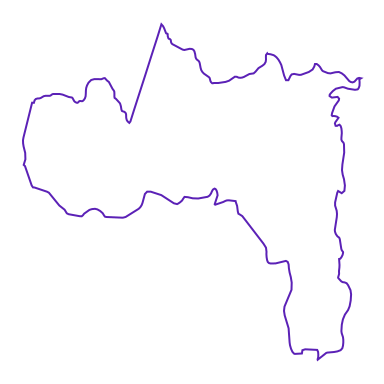 map outline of Tigray (Equal Earth projection)
{"feature_id": "ETH-3110", "entity_name": "Tigray", "entity_type": "Administrative State", "adm_level": 1, "iso_a3": "ETH", "parent_name": "Ethiopia", "parent_adm1": "", "projection": "equal_earth", "projection_center": [38.617, 13.565], "detail": "fine", "context": "isolated", "style": "outline", "palette": "violet", "viewbox_px": 384, "rotation_deg": 0, "n_neighbors": 0, "source": "natural_earth", "source_scale": "10m", "svg_char_len": 4684}
<svg xmlns="http://www.w3.org/2000/svg" viewBox="0 0 384 384"><path d="M23.7,164.9L25.4,159.3L25.2,152.9L23.6,146.5L23.1,143.4L23.0,140.2L23.5,137.4L32.1,102.7L33.9,102.8L34.6,100.3L35.8,99.0L37.4,98.5L39.4,98.4L40.7,98.0L43.7,96.2L45.6,95.8L49.8,95.8L50.6,95.5L52.2,94.3L53.1,94.0L59.6,94.0L62.6,94.6L68.8,97.0L71.9,97.5L72.5,98.0L74.2,101.1L74.9,101.8L75.7,102.3L76.5,102.7L77.5,102.8L78.0,102.5L79.4,101.1L80.2,101.0L81.9,101.2L82.6,101.1L83.8,100.0L84.9,98.4L85.6,96.3L85.8,93.6L85.9,90.6L86.2,88.0L87.0,85.5L88.5,82.7L91.2,80.0L94.4,79.1L101.4,79.2L103.5,78.3L104.8,78.1L107.1,80.6L108.9,82.0L112.5,88.8L113.9,90.7L114.3,91.7L114.4,93.6L114.4,96.5L114.6,97.9L116.0,98.9L119.8,103.1L120.2,103.9L120.9,106.3L121.4,109.5L121.9,110.9L123.2,111.5L124.1,111.7L125.1,112.4L125.8,113.3L126.1,114.5L126.2,117.8L126.7,119.9L127.6,121.4L129.3,122.9L130.4,121.5L133.8,110.7L139.3,93.6L145.3,75.0L151.4,55.8L157.6,36.5L161.4,24.3L163.1,26.2L164.2,28.4L166.0,33.1L166.4,33.5L167.4,33.7L167.7,34.1L167.7,34.6L167.7,36.0L167.8,36.4L168.1,37.3L168.3,38.1L168.7,38.7L169.8,39.0L170.7,39.9L170.9,40.9L171.0,42.0L171.5,43.2L172.3,44.1L182.6,49.6L184.3,50.0L189.7,48.8L191.9,49.0L193.4,49.8L194.4,51.3L194.9,53.2L195.1,53.8L195.6,57.3L196.1,58.6L197.0,59.7L198.1,60.5L199.1,61.5L199.7,63.1L200.6,67.9L201.3,70.2L202.4,72.0L203.9,73.6L209.0,77.2L209.7,78.1L210.4,80.9L210.9,82.0L212.1,83.2L212.9,83.3L213.7,83.0L218.3,83.0L225.6,81.9L229.1,80.7L234.9,76.7L236.8,76.8L238.5,77.6L240.2,77.8L242.0,77.6L243.8,77.0L249.4,74.0L253.6,73.4L255.4,71.8L258.5,68.1L262.4,65.7L264.4,64.1L265.7,61.8L266.0,59.4L265.9,57.1L266.0,55.0L267.2,53.4L267.4,53.8L270.7,54.3L273.4,55.1L274.4,55.6L276.5,57.3L278.4,59.6L280.0,62.3L281.3,65.0L284.1,75.5L286.0,80.2L288.4,80.2L290.5,75.9L291.7,74.4L294.1,73.9L299.2,74.9L301.0,74.8L308.8,72.0L312.6,69.5L314.3,66.5L315.0,64.0L316.7,64.0L318.6,65.4L320.0,67.0L321.9,70.1L322.5,70.8L323.1,71.2L327.9,73.1L330.5,73.4L334.7,72.4L335.9,72.2L338.9,72.0L341.7,73.3L344.4,75.4L349.3,81.1L350.8,82.0L352.6,82.4L354.4,81.7L357.3,78.5L359.1,77.9L361.0,78.3L360.2,78.8L359.3,79.6L359.5,80.7L359.6,82.4L359.5,85.6L359.4,86.1L358.8,87.8L358.1,88.9L357.9,89.2L357.6,89.4L355.0,89.8L347.9,88.7L344.0,87.3L342.5,87.1L335.9,88.7L332.9,91.0L330.3,93.8L329.6,95.0L329.6,96.1L331.9,97.6L337.6,96.9L339.1,98.7L338.8,100.4L334.5,106.4L332.1,113.0L331.7,115.3L332.4,116.1L333.8,116.0L335.4,116.2L337.1,116.7L338.5,117.8L335.3,122.3L334.9,123.4L335.6,125.8L337.0,125.9L338.4,125.1L339.5,124.7L340.7,126.1L341.4,128.4L341.7,131.0L341.8,133.2L341.4,137.9L341.4,139.7L342.0,141.1L343.4,142.6L343.8,143.6L344.0,144.5L344.0,145.2L344.2,152.6L342.4,164.5L342.0,170.1L342.7,174.7L344.0,179.2L344.9,185.5L344.4,190.9L341.7,193.2L338.1,191.0L337.3,192.6L335.1,202.4L335.1,205.6L336.7,210.8L337.0,214.0L336.8,217.1L334.8,230.0L335.0,231.7L335.7,233.7L336.0,234.3L337.4,236.3L338.0,236.8L338.9,237.4L339.2,237.7L339.8,239.2L341.3,248.9L341.8,250.3L343.0,251.9L343.1,252.7L342.6,254.9L341.5,257.1L340.3,258.7L339.1,259.0L339.5,265.0L339.4,267.5L339.0,271.1L339.1,273.9L338.7,275.4L338.1,277.4L338.3,278.1L341.1,281.2L342.5,282.1L344.6,282.4L346.6,283.2L348.1,285.2L350.5,290.2L351.1,294.4L350.7,300.5L349.6,306.3L348.1,310.0L344.9,314.6L342.9,319.4L341.8,324.7L341.4,331.1L341.7,333.2L343.0,337.2L343.3,339.8L343.3,342.7L343.0,345.7L342.3,348.3L340.6,350.2L337.4,351.4L334.1,352.0L327.3,352.6L326.3,352.9L317.7,359.7L317.6,359.3L318.2,357.3L318.3,354.6L318.1,351.9L317.2,349.9L305.2,349.3L302.4,350.2L302.0,353.0L301.9,353.5L294.9,353.9L294.0,353.6L292.4,351.8L291.0,348.7L290.0,345.2L289.6,342.4L288.6,328.3L284.7,315.4L284.0,310.9L284.5,306.6L291.5,289.8L291.7,282.6L290.8,277.1L289.6,272.5L288.9,268.3L288.6,264.4L287.7,261.9L285.9,260.9L275.6,263.4L270.7,263.5L269.0,263.1L267.8,262.0L267.1,260.1L266.6,257.2L266.4,254.1L266.5,251.8L266.0,247.7L263.5,243.7L242.3,216.1L240.0,214.6L238.4,213.7L237.8,211.4L237.1,205.9L235.8,202.1L235.6,201.1L228.8,200.3L226.9,200.4L225.4,200.9L223.2,202.0L215.2,204.7L214.7,204.2L217.6,195.3L217.2,192.6L216.5,190.4L215.5,189.0L214.5,188.6L212.9,189.6L211.9,191.4L211.0,193.5L209.5,195.6L207.6,196.8L198.2,198.5L192.7,198.3L187.9,197.2L184.5,196.9L183.0,199.0L182.1,200.5L180.2,202.2L178.3,203.5L177.1,204.1L173.9,203.3L161.3,195.1L150.8,191.7L147.1,191.7L144.9,194.0L142.5,202.9L141.6,205.2L140.3,207.2L138.7,208.8L125.6,217.0L122.8,217.7L106.4,217.0L105.0,216.7L104.2,215.7L102.7,213.2L100.2,211.0L97.4,209.4L95.0,208.8L92.0,209.1L90.0,209.7L89.3,210.0L84.1,213.7L83.0,215.2L81.7,216.3L79.7,216.2L68.6,214.2L66.8,213.3L64.6,209.7L59.3,205.5L48.9,192.7L47.0,191.7L34.5,187.5L33.0,187.4L31.7,185.5L25.0,166.1L23.7,164.9Z" fill="none" stroke="#5b21b6" stroke-width="2"/></svg>